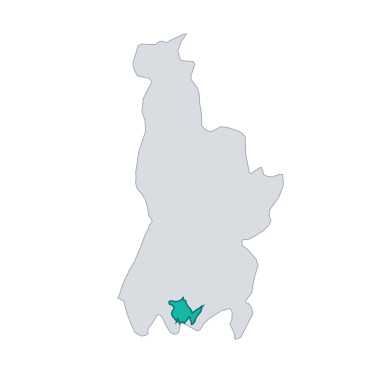 Nova Goriška on a map of Slovenia (Natural Earth projection), rotated 284°
{"feature_id": "SVN-260", "entity_name": "Nova Goriška", "entity_type": "Statistical Region", "adm_level": 1, "iso_a3": "SVN", "parent_name": "Slovenia", "parent_adm1": "", "projection": "natural_earth1", "projection_center": [13.71, 45.972], "detail": "fine", "context": "in_parent", "style": "filled", "palette": "teal", "viewbox_px": 384, "rotation_deg": 284, "n_neighbors": 0, "source": "natural_earth", "source_scale": "10m", "svg_char_len": 2842}
<svg xmlns="http://www.w3.org/2000/svg" viewBox="0 0 384 384"><g transform="rotate(284 192 192)"><path d="M344.1,148.3L335.5,145.2L325.1,144.0L323.2,145.6L319.1,147.3L317.0,150.2L318.7,161.9L316.3,163.9L304.5,162.8L300.7,164.1L294.3,172.2L287.8,175.6L279.5,178.1L273.4,181.0L265.7,183.6L259.1,185.1L256.5,188.7L254.9,192.6L255.4,196.4L262.2,203.9L263.1,211.9L262.5,221.7L261.0,226.9L258.3,230.4L241.8,234.9L224.6,242.9L224.2,244.7L232.1,251.9L232.5,253.6L226.0,257.7L225.4,261.8L226.1,266.5L229.6,271.3L230.9,275.7L221.4,278.9L208.6,277.7L193.4,271.6L188.1,272.5L182.9,275.7L177.7,274.3L171.8,270.6L163.6,262.8L159.6,258.0L158.0,252.9L155.7,252.2L152.3,253.7L149.6,259.9L142.0,270.9L136.4,273.9L127.9,273.3L116.1,273.5L108.7,274.4L99.7,270.5L97.5,271.2L97.5,273.8L94.1,277.8L88.6,280.5L62.9,274.5L59.3,269.5L65.0,267.2L73.1,260.8L78.5,261.5L85.2,260.1L88.2,257.4L83.9,249.3L73.3,239.3L67.6,235.5L59.8,233.0L58.5,230.3L62.8,214.6L61.5,212.4L52.6,213.1L50.5,211.5L49.8,208.7L50.4,205.0L56.4,198.9L63.1,193.5L64.8,190.4L64.6,188.0L56.1,185.6L50.9,183.2L46.9,182.3L44.1,183.7L42.0,182.1L39.9,177.6L42.0,170.7L49.7,164.4L57.9,158.7L65.1,154.6L69.2,152.8L71.2,145.7L75.4,146.5L83.9,146.9L93.3,148.5L102.1,150.4L109.9,152.9L126.1,155.5L140.9,157.1L145.4,158.6L149.1,158.5L153.6,160.6L156.2,159.0L158.1,156.1L166.2,152.7L173.6,148.4L178.7,142.8L181.6,138.3L186.7,135.2L192.2,134.3L197.1,132.7L218.1,130.6L239.6,132.3L249.8,129.2L258.2,123.8L270.6,122.3L271.2,122.2L289.7,126.4L291.1,124.0L291.9,122.9L291.4,111.1L297.2,105.8L302.6,103.5L321.1,104.3L323.5,107.9L324.5,113.5L326.3,121.0L329.3,123.0L331.1,126.0L330.8,131.2L334.4,135.0L343.0,145.5L344.1,148.3Z" fill="#d9dde1" stroke="#a8b0b8" stroke-width="1"/><path d="M62.9,216.6L63.6,214.0L62.0,211.7L61.5,211.8L61.6,211.7L62.5,211.0L64.0,210.3L61.8,208.3L62.9,208.4L63.3,208.6L63.9,209.1L64.3,209.4L64.6,209.7L65.0,209.7L65.4,209.6L65.7,209.3L65.1,208.6L63.8,207.0L63.9,206.5L64.6,206.0L66.8,203.1L67.9,202.3L69.3,201.6L71.6,201.8L74.3,202.7L75.0,202.7L76.2,201.9L77.0,200.5L77.6,199.8L77.8,197.3L79.0,196.4L80.2,196.5L80.9,197.1L81.6,199.8L81.6,200.7L81.6,202.2L82.0,203.7L82.8,205.4L83.9,206.8L84.6,207.5L87.3,209.0L85.9,209.6L85.1,210.7L85.1,211.9L80.8,214.7L78.4,218.3L76.3,220.5L75.7,220.7L74.3,221.5L74.4,221.8L74.9,222.0L75.7,222.4L76.5,223.3L77.8,224.0L79.6,225.6L80.0,226.1L80.4,226.5L80.7,226.8L80.9,227.3L81.4,227.6L82.9,228.4L83.1,228.7L84.2,230.2L82.0,229.4L81.0,229.5L78.9,229.5L77.2,229.1L72.0,226.5L69.1,226.1L67.8,226.2L65.2,225.4L64.3,224.8L63.4,223.9L63.4,223.5L63.9,223.3L64.7,223.2L65.3,223.1L66.0,222.6L67.9,221.0L68.9,220.7L69.4,220.8L69.7,220.6L69.8,220.3L69.9,219.5L69.8,219.0L69.5,219.1L69.1,219.0L68.9,218.9L68.7,218.7L68.2,218.5L67.8,218.6L67.3,218.5L66.8,218.3L66.0,217.5L65.3,217.2L64.6,217.1L62.9,216.6Z" fill="#14b8a6" stroke="#0f766e" stroke-width="1.5"/></g></svg>